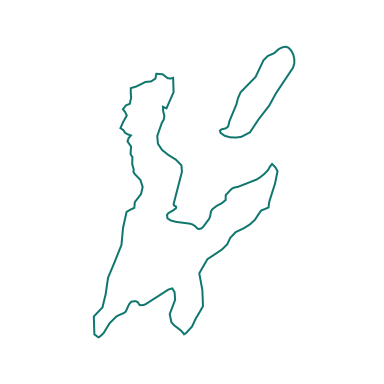 SVG path tracing the border of Ouest, rotated 99°
{"feature_id": "HTI-1388", "entity_name": "Ouest", "entity_type": "Department", "adm_level": 1, "iso_a3": "HTI", "parent_name": "Haiti", "parent_adm1": "", "projection": "robinson", "projection_center": [-72.52, 18.618], "detail": "fine", "context": "isolated", "style": "outline", "palette": "teal", "viewbox_px": 384, "rotation_deg": 99, "n_neighbors": 0, "source": "natural_earth", "source_scale": "10m", "svg_char_len": 2449}
<svg xmlns="http://www.w3.org/2000/svg" viewBox="0 0 384 384"><g transform="rotate(99 192 192)"><path d="M333.7,177.6L333.2,178.0L330.5,181.3L326.4,188.9L323.8,192.0L316.1,194.9L301.2,191.8L293.8,193.5L290.3,196.4L292.1,200.1L310.1,220.3L311.4,222.5L311.9,225.9L310.8,227.1L309.4,228.1L308.6,230.6L309.8,234.8L312.8,236.6L320.6,238.8L322.2,240.4L325.3,245.3L326.9,247.3L334.4,252.8L345.1,257.2L347.9,259.3L349.8,261.0L350.2,261.7L347.9,266.1L347.7,266.2L330.3,269.5L320.0,262.4L306.5,261.3L289.8,261.5L272.6,257.3L255.3,253.4L238.3,254.5L221.9,253.5L219.1,250.1L216.7,246.5L210.9,246.9L207.1,244.8L201.9,242.0L194.8,241.5L188.1,244.9L183.2,251.4L181.2,253.0L178.8,253.1L173.9,255.4L169.3,256.0L166.7,256.4L164.4,258.5L160.6,259.0L156.8,259.2L154.4,261.4L152.2,263.6L148.8,263.1L145.7,261.2L145.1,264.5L144.0,267.4L141.6,269.5L140.1,272.7L133.5,270.9L126.7,268.4L123.4,270.6L121.1,273.2L116.8,270.8L114.6,267.2L111.6,267.1L108.5,266.8L103.2,268.1L99.0,268.7L96.6,263.7L93.7,259.5L90.6,255.2L89.2,249.7L85.7,245.9L80.8,245.7L80.3,239.5L83.4,233.8L83.3,231.0L82.2,228.5L96.2,225.8L113.4,230.3L112.4,234.0L116.2,233.2L121.5,231.2L125.0,231.2L127.9,232.5L142.1,235.1L149.7,233.2L155.1,228.2L159.1,221.2L162.5,213.1L167.3,206.6L173.6,205.1L206.8,208.3L208.0,207.8L208.5,206.7L208.8,205.6L209.5,205.2L210.8,205.4L211.3,206.0L211.7,206.6L212.4,206.9L216.5,212.0L218.4,213.1L221.9,212.1L223.5,208.3L224.0,202.9L223.6,189.0L224.0,186.4L225.4,183.3L226.9,181.5L227.6,179.8L226.5,177.0L224.8,175.6L215.7,170.8L213.2,170.3L208.4,170.2L206.1,169.4L202.0,165.6L198.4,160.8L194.6,157.5L189.8,158.2L183.0,153.6L181.3,151.6L179.6,147.2L169.4,129.9L166.6,126.8L162.6,123.2L158.4,120.3L155.0,119.1L151.8,117.3L154.6,113.5L158.0,110.8L170.6,111.3L185.7,113.6L190.3,114.2L195.3,114.0L197.4,117.3L199.4,120.8L204.4,123.2L209.6,125.5L215.0,129.8L219.6,135.0L224.8,142.6L231.4,147.1L238.1,149.0L244.1,153.4L256.0,166.3L271.2,172.1L287.0,166.5L303.0,163.3L309.8,165.8L316.4,168.5L324.8,170.9L332.3,175.8L333.6,177.5L333.7,177.6ZM41.9,132.4L38.2,129.5L37.2,128.5L35.7,126.5L34.4,124.1L33.8,121.6L34.5,119.1L36.9,116.1L40.4,113.5L44.5,111.8L48.8,111.1L53.5,111.7L81.1,124.4L94.7,129.3L109.8,137.6L124.0,144.1L129.8,151.9L131.3,156.9L132.0,162.8L131.4,168.5L129.1,173.1L126.9,174.0L125.5,172.6L123.8,168.5L122.1,166.9L120.5,166.4L116.1,166.1L98.3,161.8L92.3,161.3L85.9,159.6L68.4,147.2L50.7,142.0L45.9,138.5L41.9,132.4Z" fill="none" stroke="#0f766e" stroke-width="2"/></g></svg>